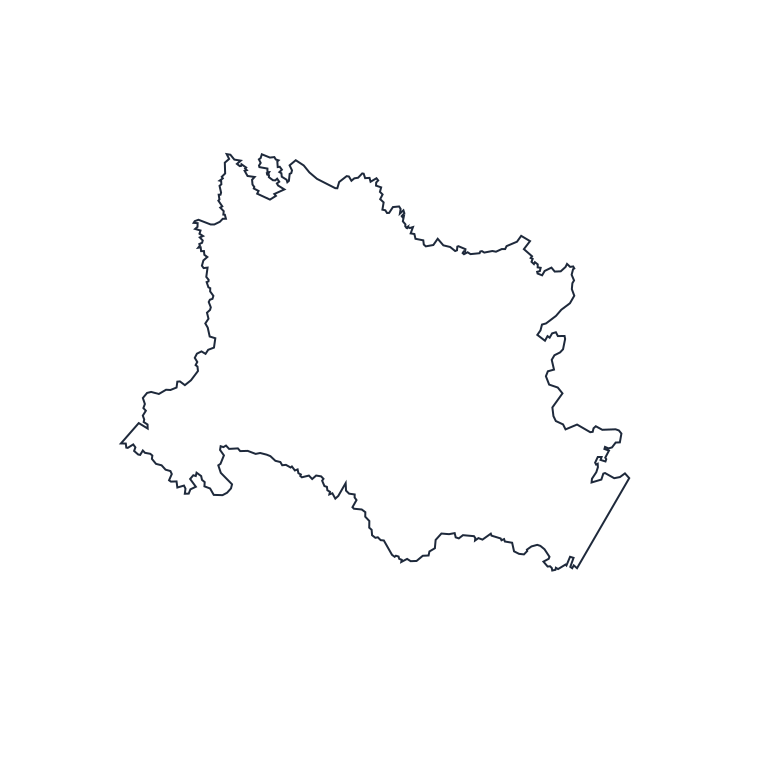 Cotaxtla, Veracruz, Mexico (Robinson projection), rotated 38°
{"feature_id": "50627088B87559081600102", "entity_name": "Cotaxtla", "entity_type": "district", "adm_level": 2, "iso_a3": "MEX", "parent_name": "Mexico", "parent_adm1": "Veracruz", "projection": "robinson", "projection_center": [-96.372, 18.858], "detail": "fine", "context": "isolated", "style": "outline", "palette": "slate", "viewbox_px": 768, "rotation_deg": 38, "n_neighbors": 0, "source": "geoboundaries", "source_scale": "gbopen_adm2", "svg_char_len": 6165}
<svg xmlns="http://www.w3.org/2000/svg" viewBox="0 0 768 768"><g transform="rotate(38 384 384)"><path d="M215.8,522.7L212.7,530.5L205.4,533.6L202.8,536.9L202.6,543.5L207.9,547.0L209.2,551.1L212.8,551.7L213.4,557.4L216.9,559.6L218.0,561.9L222.6,561.5L225.2,564.6L214.8,565.8L213.3,592.8L217.2,589.9L220.1,592.8L221.4,592.1L223.6,586.0L227.1,587.0L228.3,590.6L233.7,590.9L235.5,590.0L234.9,584.9L238.0,585.4L242.8,582.9L245.5,583.0L247.2,585.9L253.5,587.3L258.8,585.0L264.6,586.0L269.3,584.1L272.2,585.6L273.9,592.2L276.2,592.1L280.5,588.5L284.9,592.8L288.9,587.2L292.0,588.7L294.6,593.1L297.6,590.6L296.3,586.2L299.0,580.8L289.7,578.2L289.9,573.3L292.3,572.4L290.9,569.3L296.6,569.1L299.6,571.6L303.1,571.7L305.5,575.2L311.3,573.4L318.1,576.2L325.2,571.0L327.3,566.3L327.7,560.5L326.0,556.6L310.1,554.5L303.5,550.1L304.3,547.6L301.8,538.8L295.4,536.9L293.6,533.6L296.3,532.6L297.4,529.8L301.9,530.5L308.5,524.7L312.0,525.4L317.8,520.6L325.9,518.1L328.9,514.6L335.1,511.9L338.9,510.8L345.7,511.4L350.4,509.3L353.8,510.7L356.5,508.1L361.8,507.3L362.2,505.7L367.0,507.0L368.5,504.5L371.5,507.0L374.2,506.5L374.6,508.0L376.7,508.1L381.2,502.4L385.9,503.1L386.9,497.9L391.3,495.5L394.7,496.0L394.8,498.3L399.9,501.1L402.3,500.2L404.8,502.6L407.8,502.2L408.9,504.6L410.6,501.9L416.2,504.3L416.9,500.4L414.8,485.7L419.7,491.4L424.0,491.9L428.9,489.1L430.7,491.5L433.8,492.4L435.0,500.5L437.1,500.8L443.7,496.6L448.2,496.5L450.9,500.1L456.8,501.0L460.8,506.3L464.0,506.5L467.7,510.5L471.9,510.5L473.5,508.6L477.5,509.1L480.2,507.4L495.5,513.7L498.8,513.6L499.1,512.0L501.7,511.0L503.6,512.4L506.2,511.6L507.2,513.6L509.9,507.6L514.1,507.2L518.6,503.4L520.3,495.5L524.7,491.7L522.9,488.0L525.2,482.1L520.7,475.1L521.3,466.5L527.7,462.3L531.5,458.0L534.9,460.7L538.0,459.6L539.3,454.5L548.6,448.5L550.8,449.2L552.1,451.3L553.3,447.3L557.4,446.0L560.3,436.2L562.1,437.3L571.0,433.9L572.8,434.8L574.1,432.3L576.2,433.7L582.7,430.2L589.5,435.8L595.0,434.7L599.2,432.1L599.7,427.4L598.6,426.6L600.2,421.2L603.8,416.4L606.9,415.3L612.2,415.4L620.8,418.3L621.4,420.4L619.0,425.8L625.3,427.1L627.1,425.4L629.5,425.7L631.4,427.4L633.5,424.9L632.6,423.0L635.1,422.7L638.2,414.5L639.5,414.7L637.0,405.6L640.4,404.3L643.4,413.4L645.7,413.3L645.2,410.1L649.5,410.3L635.2,307.2L628.9,306.1L627.2,312.1L623.4,316.5L613.0,318.1L612.0,319.6L614.1,325.5L608.2,333.8L606.2,330.6L605.6,322.8L603.8,317.9L601.5,315.3L600.8,316.9L598.8,316.0L597.4,309.9L600.4,307.6L601.4,310.5L606.2,308.7L605.4,306.4L603.7,305.8L602.3,298.0L597.7,299.5L596.9,297.5L600.6,296.5L602.7,293.6L602.6,287.5L605.8,284.8L601.6,276.9L597.7,276.0L594.4,277.1L584.2,285.7L576.9,286.9L576.4,289.9L577.9,293.2L576.2,295.0L561.1,297.1L555.0,308.0L550.0,305.6L542.2,307.4L537.3,305.0L531.1,298.8L530.4,281.5L523.1,279.8L514.5,282.8L506.8,278.2L505.3,273.1L509.1,268.0L501.3,261.7L500.6,256.4L503.3,250.7L503.7,246.4L499.0,237.0L496.7,235.0L491.5,239.2L487.6,237.4L485.3,240.6L486.0,245.5L483.4,245.6L484.2,250.8L474.6,250.9L474.3,245.4L471.9,239.9L474.4,236.5L477.6,224.4L478.0,216.3L480.8,205.9L479.6,197.3L473.6,193.6L470.4,188.6L470.0,185.4L464.6,182.4L462.3,177.1L462.8,175.8L460.7,174.9L458.6,177.1L454.3,176.7L455.0,180.0L453.9,186.4L449.3,190.3L444.3,189.2L441.0,196.0L441.7,201.0L437.0,202.4L435.6,201.3L437.3,199.1L435.9,196.0L433.3,197.5L431.5,195.1L427.9,195.1L428.3,197.2L425.0,196.9L424.1,193.9L422.0,194.4L422.0,192.2L411.2,191.6L411.1,181.5L400.9,182.8L401.2,190.0L395.7,199.9L396.4,203.1L393.7,205.2L390.8,210.8L387.5,212.5L382.1,218.7L379.4,219.0L378.3,220.3L378.8,222.1L372.2,228.4L368.8,228.7L367.1,232.5L365.4,232.4L365.2,230.4L366.4,229.9L365.2,227.6L357.8,229.6L357.2,230.6L359.2,233.7L358.2,235.4L351.8,235.3L345.4,238.2L336.9,236.5L337.3,244.1L332.2,249.8L329.5,249.6L326.5,246.6L319.4,250.2L315.6,247.1L312.3,248.9L310.2,242.5L308.3,245.2L306.8,245.3L306.2,247.7L305.8,245.8L305.4,247.1L303.6,246.6L302.6,245.0L298.7,244.2L296.5,239.8L296.1,241.2L294.6,240.8L294.9,236.9L292.4,235.2L291.6,239.9L289.3,235.8L286.6,234.8L282.1,239.1L282.7,246.0L281.1,247.4L278.1,246.3L275.4,247.6L271.9,241.1L267.2,240.7L266.2,235.5L262.5,235.1L260.7,230.8L255.6,232.6L253.8,230.0L254.1,227.2L251.4,226.5L248.9,232.9L245.7,230.5L242.4,233.4L238.5,230.8L237.2,231.5L236.6,237.4L234.0,240.2L233.2,243.9L228.6,242.1L226.6,243.2L224.3,252.4L226.7,258.5L225.0,259.7L204.9,263.6L194.9,263.2L186.2,261.2L176.7,262.0L175.0,269.8L180.0,272.3L181.1,274.9L180.3,276.5L184.0,282.5L183.6,284.5L181.5,283.0L175.8,283.6L173.4,281.1L171.1,281.4L171.6,278.0L168.1,277.0L166.7,278.5L162.9,274.3L163.2,272.7L160.5,273.7L157.9,272.7L154.7,275.8L146.3,278.2L147.7,281.9L147.1,284.0L150.7,285.7L151.0,288.8L152.3,289.8L159.5,286.0L161.8,288.9L163.1,287.7L163.4,289.4L162.1,290.1L163.0,290.9L164.9,290.3L165.9,291.9L171.1,291.8L173.0,290.4L173.4,288.0L176.9,289.1L176.1,291.9L178.3,292.8L185.7,292.0L180.6,301.8L183.0,302.3L180.6,308.9L166.9,312.1L166.3,309.1L161.0,310.1L160.5,308.6L157.6,307.8L154.3,304.3L154.6,300.5L148.4,304.1L142.9,301.8L144.2,300.0L141.9,299.7L142.1,298.3L136.4,298.6L137.1,300.1L136.2,301.1L132.6,301.1L133.6,296.2L127.9,299.3L121.8,297.9L118.5,299.7L123.4,302.0L122.3,307.6L129.2,315.9L128.6,320.6L130.4,321.2L129.3,324.9L130.7,324.3L132.9,326.8L132.4,329.1L137.8,333.5L138.6,335.5L137.2,336.6L140.7,339.9L140.6,341.5L147.2,343.6L146.4,345.8L151.3,346.5L153.1,349.4L154.4,348.6L157.7,351.1L155.2,353.1L154.8,357.2L152.1,362.7L149.2,365.0L136.7,368.8L134.6,372.2L134.8,374.2L138.1,372.0L140.3,375.0L139.7,378.1L144.9,376.0L146.1,379.2L150.3,378.8L148.6,381.9L152.8,382.5L153.7,384.7L152.3,387.4L153.7,388.3L153.7,391.0L155.4,389.2L158.1,391.9L160.3,390.1L162.9,392.8L166.6,392.7L165.6,397.8L167.7,402.9L170.5,403.7L173.3,400.9L178.0,409.0L181.7,409.9L182.5,411.2L181.5,412.9L186.1,415.9L188.1,415.5L190.0,418.1L195.3,419.6L196.4,422.5L194.9,424.8L195.4,427.3L200.3,430.2L201.3,432.7L200.6,436.8L205.5,440.6L205.9,446.3L210.4,448.1L217.4,453.9L222.9,451.8L227.6,460.0L224.4,465.3L224.8,470.1L220.1,470.7L217.9,475.3L218.8,479.9L223.3,481.6L223.9,485.1L226.3,485.1L229.4,488.3L229.6,499.9L227.8,507.5L221.6,507.6L219.7,509.4L222.7,514.5L219.4,520.2L215.8,522.7Z" fill="none" stroke="#1e293b" stroke-width="2"/></g></svg>